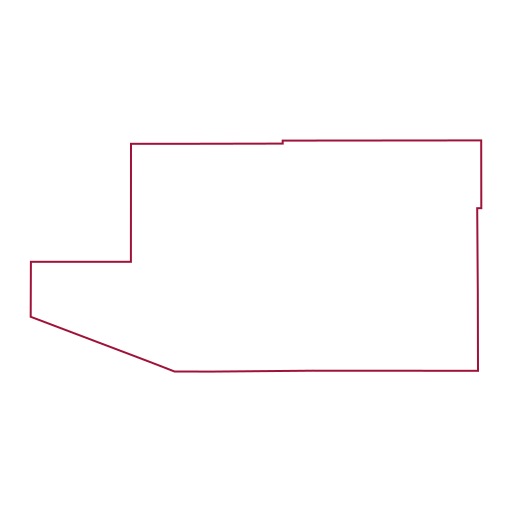 outline of Santa Cruz, Arizona, United States of America
{"feature_id": "52423323B1252961664996", "entity_name": "Santa Cruz", "entity_type": "district", "adm_level": 2, "iso_a3": "USA", "parent_name": "United States of America", "parent_adm1": "Arizona", "projection": "orthographic", "projection_center": [-110.91, 31.532], "detail": "fine", "context": "isolated", "style": "outline", "palette": "rose", "viewbox_px": 512, "rotation_deg": 0, "n_neighbors": 0, "source": "geoboundaries", "source_scale": "gbopen_adm2", "svg_char_len": 328}
<svg xmlns="http://www.w3.org/2000/svg" viewBox="0 0 512 512"><path d="M30.7,316.8L149.5,361.8L174.5,371.5L211.2,371.6L312.5,370.7L478.0,370.8L477.8,292.0L477.2,208.2L481.3,208.2L481.2,140.4L282.7,140.6L282.7,143.6L183.1,143.8L131.0,143.8L130.9,261.8L30.9,261.8L30.7,316.8Z" fill="none" stroke="#9f1239" stroke-width="2"/></svg>